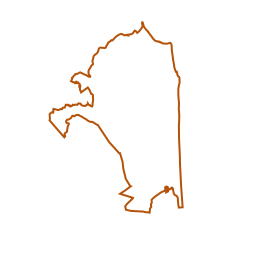 Copala, Guerrero, Mexico (orthographic projection), rotated 249°
{"feature_id": "50627088B65029652077397", "entity_name": "Copala", "entity_type": "district", "adm_level": 2, "iso_a3": "MEX", "parent_name": "Mexico", "parent_adm1": "Guerrero", "projection": "orthographic", "projection_center": [-98.906, 16.624], "detail": "fine", "context": "isolated", "style": "outline", "palette": "amber", "viewbox_px": 256, "rotation_deg": 249, "n_neighbors": 0, "source": "geoboundaries", "source_scale": "gbopen_adm2", "svg_char_len": 5768}
<svg xmlns="http://www.w3.org/2000/svg" viewBox="0 0 256 256"><g transform="rotate(249 128 128)"><path d="M192.2,91.6L190.6,93.0L190.3,93.5L190.1,94.0L189.8,94.3L189.4,94.2L188.7,94.8L188.8,95.3L188.7,95.5L189.0,95.4L189.2,95.5L189.6,95.7L189.8,95.9L189.8,96.2L189.2,96.4L188.9,96.7L188.8,97.3L188.7,97.5L188.3,97.8L188.1,97.8L187.8,97.7L187.7,97.7L187.6,97.9L187.1,98.2L186.9,98.3L186.2,98.7L185.7,98.6L185.6,98.2L185.4,98.0L185.1,98.4L184.8,98.4L184.6,98.6L184.3,98.6L184.2,98.5L184.0,97.9L183.9,97.3L183.8,97.2L183.7,97.2L183.3,97.4L183.0,97.7L182.9,97.6L181.7,97.2L181.3,96.9L180.1,96.9L179.6,97.1L178.8,97.0L178.0,97.0L179.2,101.1L180.2,105.0L177.3,105.7L172.9,105.9L172.5,106.6L171.9,106.9L170.8,106.9L169.1,106.2L168.1,106.0L167.1,105.7L165.1,104.6L163.8,103.8L162.7,103.3L161.9,103.1L161.3,102.6L161.1,102.3L161.0,102.1L161.4,101.9L161.4,101.7L162.0,101.0L162.4,100.8L162.7,100.8L162.8,100.4L164.0,99.6L165.1,99.4L164.7,99.2L164.4,99.0L164.2,98.6L164.6,98.0L164.5,97.8L164.2,97.0L163.8,96.3L163.8,96.0L164.6,94.7L165.3,93.3L166.1,92.7L166.9,92.7L167.3,92.3L167.8,92.3L168.7,90.7L168.4,89.9L167.8,88.9L168.5,87.8L168.7,87.1L168.8,85.8L169.3,85.1L169.5,84.8L169.1,84.4L169.0,83.9L168.7,83.5L168.7,83.3L168.7,83.1L169.0,82.9L169.0,82.7L168.8,82.6L168.8,82.4L169.0,82.3L168.7,82.1L168.7,81.9L169.2,81.6L169.4,81.6L169.4,81.3L169.5,81.1L169.8,81.0L170.0,81.1L170.1,81.3L170.4,81.0L170.5,80.7L170.8,80.7L170.7,80.2L170.9,80.1L171.0,79.9L171.4,79.7L171.5,79.2L172.0,78.3L171.8,78.1L171.4,78.1L171.3,77.7L169.8,76.3L169.7,76.2L170.3,74.7L170.0,74.0L169.7,73.6L169.4,73.5L169.3,73.4L169.2,73.1L169.2,72.9L169.8,72.4L169.7,69.2L172.5,65.5L172.5,65.2L171.8,64.7L171.6,64.7L171.1,64.6L170.2,64.3L169.7,63.9L169.3,63.9L169.2,63.8L169.1,63.6L169.3,63.3L169.6,63.2L169.9,63.0L170.0,62.8L169.9,62.2L169.5,61.2L169.5,60.7L169.2,60.1L168.8,59.7L164.5,58.4L164.0,58.0L163.7,57.9L163.2,57.5L142.1,65.2L142.3,65.6L142.8,66.3L143.2,66.5L144.3,66.4L144.8,66.5L145.6,67.1L145.9,67.7L146.1,69.1L146.6,69.8L148.2,70.6L148.8,71.0L150.3,71.8L151.3,72.6L152.6,74.0L153.0,74.3L153.5,74.3L153.8,74.0L154.5,72.8L154.9,72.5L155.2,72.4L156.0,72.4L156.8,72.9L157.3,73.5L157.5,74.0L157.5,74.4L157.3,74.9L157.3,76.0L157.6,77.9L158.0,78.8L158.3,79.2L158.8,79.6L159.3,80.5L159.0,81.3L158.3,81.8L158.1,82.1L158.2,82.5L158.5,83.1L158.6,84.4L158.4,85.4L157.9,86.2L157.8,86.7L156.8,87.3L155.0,89.0L153.4,90.1L150.9,92.2L150.3,92.5L148.9,93.4L148.2,94.0L147.5,94.9L146.8,95.7L146.8,96.2L146.6,96.8L144.7,98.4L144.1,98.7L143.5,99.2L142.6,99.8L142.1,100.4L141.7,100.9L121.4,105.4L107.4,110.8L107.3,111.5L98.4,110.8L91.9,109.1L81.4,107.7L72.9,109.2L72.6,109.6L70.8,103.3L69.4,97.0L61.0,107.6L60.5,107.1L57.6,100.1L56.1,97.6L55.7,97.2L53.5,97.0L52.5,96.7L49.5,101.1L44.5,112.3L43.2,114.1L42.8,114.7L42.2,116.3L41.2,117.8L45.0,119.8L46.1,121.5L47.5,121.7L48.4,122.2L49.2,122.6L49.8,123.5L52.4,124.2L53.1,125.5L54.5,129.3L55.1,132.2L56.0,135.5L56.2,137.3L56.2,138.6L56.1,139.4L56.5,140.2L56.9,140.4L57.1,141.2L57.3,141.6L57.6,141.8L57.9,143.1L58.2,143.5L58.7,143.5L58.9,143.4L59.1,143.2L59.1,142.1L59.0,141.7L58.8,141.4L58.8,141.2L59.0,141.2L59.3,141.5L59.5,141.8L59.6,142.2L59.5,142.9L59.2,143.5L58.9,143.8L58.4,143.9L57.6,143.9L57.1,143.4L56.9,142.9L56.1,141.8L55.6,141.4L54.2,140.6L54.2,141.1L54.4,142.6L55.4,143.0L55.8,143.4L55.8,145.0L56.1,145.6L55.8,146.3L55.9,146.7L56.4,146.9L56.7,147.2L56.5,147.8L55.7,148.2L55.3,148.2L53.3,147.7L50.2,147.3L49.2,147.5L48.5,147.9L47.5,148.8L46.7,149.3L45.7,149.4L43.9,149.2L42.2,148.5L38.0,147.4L35.5,146.9L34.4,150.6L53.2,156.3L61.3,158.9L75.6,163.6L82.2,166.0L89.7,168.5L100.2,172.0L112.1,176.4L115.1,177.8L120.4,180.0L122.8,180.8L124.8,181.5L126.9,182.0L132.2,184.2L134.5,185.0L136.5,185.5L140.7,186.8L145.1,188.5L146.1,188.8L146.8,189.2L147.0,189.4L147.5,189.6L148.2,190.0L149.9,191.0L150.9,191.8L151.6,192.1L152.7,192.9L153.7,193.0L155.7,193.8L156.6,194.0L157.6,193.9L158.0,193.5L158.4,193.3L159.8,193.2L161.2,193.4L161.4,193.6L163.1,193.7L163.2,192.9L163.8,192.8L166.7,192.9L168.7,193.1L170.0,193.5L174.2,194.4L175.9,194.5L176.9,195.0L179.3,195.4L179.7,195.5L180.3,195.8L183.4,196.4L186.0,197.1L187.5,197.7L190.0,198.4L191.0,198.5L191.9,198.2L192.3,197.9L192.5,197.5L192.7,194.8L193.0,193.8L193.7,192.5L193.9,191.8L194.5,191.0L195.4,189.8L195.9,189.8L196.2,189.4L196.3,189.0L196.6,188.6L196.8,188.4L197.3,188.3L197.7,187.8L197.7,187.3L197.8,187.0L198.3,186.6L198.9,185.5L200.2,184.3L200.9,184.1L201.5,184.0L201.7,183.7L203.6,183.0L204.1,183.1L205.1,182.8L207.9,181.9L209.9,181.4L210.4,181.4L211.1,181.2L211.2,180.9L212.3,180.6L214.5,179.8L215.7,179.4L217.6,179.1L220.4,179.5L221.4,179.5L221.6,179.2L221.4,179.0L220.7,178.6L218.0,178.3L216.1,176.1L214.3,173.1L213.5,170.7L215.4,170.1L216.5,169.2L215.7,167.8L214.8,166.8L214.4,164.7L215.2,160.9L214.5,161.1L215.4,159.4L216.0,157.6L217.6,156.3L218.3,155.3L218.4,153.4L217.9,150.6L217.1,148.4L215.6,145.4L215.4,144.3L215.7,144.0L215.9,143.9L215.5,142.6L215.1,141.8L215.1,141.2L214.9,140.5L214.6,139.9L214.2,139.6L211.9,136.8L211.0,136.0L211.0,135.2L211.1,134.7L211.8,133.5L212.0,132.8L212.5,131.9L212.8,131.5L212.9,131.0L212.9,130.1L212.8,129.7L212.3,129.0L212.0,128.8L211.5,128.5L210.6,127.9L209.5,126.7L208.9,125.9L208.7,125.3L208.4,123.9L208.3,123.5L208.1,123.2L207.7,122.3L207.3,121.6L206.1,120.8L205.5,120.5L203.8,119.1L203.3,118.9L202.6,118.6L200.7,118.4L200.3,118.3L200.1,118.1L199.8,117.8L199.5,116.5L198.7,115.3L197.8,114.6L196.6,112.7L196.1,112.1L195.1,111.4L193.0,110.7L192.4,110.7L191.1,110.8L190.2,111.4L189.7,111.3L189.4,111.0L189.9,109.9L190.9,108.9L192.1,108.2L193.6,106.5L197.0,103.4L197.1,102.5L196.7,100.3L197.0,99.1L197.1,98.0L196.7,97.9L196.3,96.5L195.7,95.3L195.5,95.2L195.0,93.8L194.2,93.7L193.8,93.4L193.0,92.5L192.5,92.2L192.2,91.6Z" fill="none" stroke="#b45309" stroke-width="2"/></g></svg>